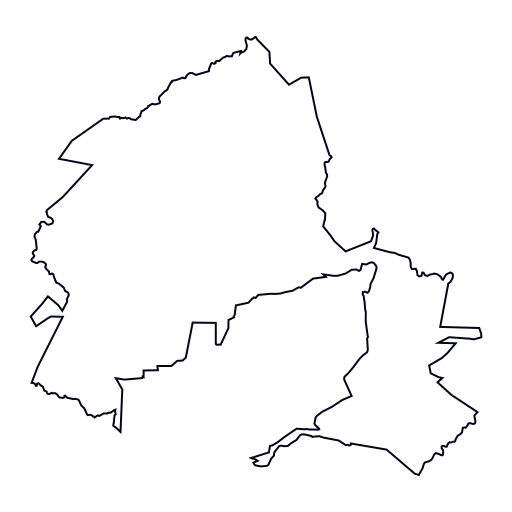 the district of Angel Albino Corzo, Chiapas, Mexico
{"feature_id": "50627088B21044766508397", "entity_name": "Angel Albino Corzo", "entity_type": "district", "adm_level": 2, "iso_a3": "MEX", "parent_name": "Mexico", "parent_adm1": "Chiapas", "projection": "albers", "projection_center": [-92.692, 15.759], "detail": "fine", "context": "isolated", "style": "outline", "palette": "ink", "viewbox_px": 512, "rotation_deg": 0, "n_neighbors": 0, "source": "geoboundaries", "source_scale": "gbopen_adm2", "svg_char_len": 5953}
<svg xmlns="http://www.w3.org/2000/svg" viewBox="0 0 512 512"><path d="M316.9,117.0L308.8,77.4L301.1,77.7L289.0,84.7L270.1,63.6L269.4,51.9L257.5,39.8L255.7,37.0L254.5,37.3L253.8,38.3L251.1,39.7L248.3,38.8L247.4,37.6L246.2,37.6L245.5,38.7L245.6,40.8L246.9,45.7L246.3,49.2L244.0,51.5L241.0,52.8L240.3,53.5L240.9,51.0L233.6,52.8L232.8,54.0L231.9,56.3L228.8,56.4L226.8,55.9L224.8,57.1L222.9,57.7L219.3,61.0L216.7,61.1L215.6,61.7L215.3,62.3L215.5,63.2L214.1,63.8L212.0,63.0L211.0,63.9L209.0,69.1L208.9,71.1L208.4,71.3L196.0,74.9L192.3,73.1L190.2,73.0L188.5,73.8L187.3,74.9L185.6,77.3L185.6,77.9L185.0,78.2L183.6,78.2L182.8,77.6L176.0,80.1L172.2,80.8L171.7,81.4L171.7,82.2L170.9,82.5L168.2,87.4L167.4,89.6L164.8,91.3L159.3,96.8L158.8,99.4L160.1,101.6L159.6,103.2L155.3,104.4L152.2,103.9L148.5,105.9L148.7,106.2L147.0,108.1L144.7,109.3L144.0,110.2L141.4,111.3L141.2,112.7L140.4,114.1L140.3,116.1L139.2,116.7L135.7,120.0L130.9,119.2L130.1,118.4L128.5,117.9L126.9,118.6L125.6,117.5L123.7,118.1L121.4,118.0L120.0,118.6L119.4,117.6L119.4,117.0L117.2,117.0L115.2,116.5L110.1,116.9L108.9,118.6L103.3,118.7L71.9,140.7L59.0,158.8L92.1,165.1L62.7,197.1L47.1,210.0L46.3,211.9L46.8,212.4L46.9,214.0L48.2,216.9L50.8,217.9L52.4,219.2L53.1,221.2L52.5,223.3L50.2,224.3L48.3,224.7L47.1,224.4L44.3,221.9L41.3,221.9L39.4,224.5L40.8,226.2L38.8,230.6L38.2,231.7L37.4,231.6L36.6,232.2L34.9,234.3L34.5,236.5L35.8,240.0L36.7,248.6L36.4,249.7L34.0,250.7L32.8,252.5L32.7,253.2L34.3,256.0L33.3,257.5L32.0,258.6L31.4,259.7L31.5,260.4L32.4,261.4L36.1,263.0L37.2,263.0L39.2,261.6L41.1,261.6L43.6,262.1L45.8,263.9L46.0,265.2L45.2,267.2L46.8,269.6L48.8,271.4L49.5,274.0L50.3,274.2L52.1,273.5L53.4,274.4L54.3,278.1L55.0,279.2L55.2,280.6L55.8,281.1L56.2,282.6L59.0,283.7L63.9,287.8L65.0,290.9L67.9,292.5L68.7,294.1L68.7,295.4L66.8,299.3L67.3,301.4L62.3,310.8L58.1,305.0L47.9,296.4L42.3,303.6L30.7,316.6L36.2,326.2L48.2,318.0L51.0,316.5L62.8,316.8L37.7,366.8L31.6,382.9L33.7,383.1L34.7,383.8L36.1,385.9L36.7,385.8L37.1,383.6L38.6,383.3L41.1,385.7L42.7,386.5L44.3,390.6L46.5,391.4L46.9,393.0L47.9,393.9L49.6,394.0L51.8,392.8L52.7,393.4L55.0,393.1L57.3,394.6L58.7,396.9L60.0,397.6L63.3,397.9L64.2,397.3L64.4,395.9L65.0,395.6L67.4,397.8L73.5,399.1L75.3,398.8L77.9,399.5L78.8,400.1L81.1,405.2L84.2,408.3L87.2,414.6L88.1,415.2L89.9,414.7L92.0,415.4L92.7,416.3L93.6,416.4L94.6,417.5L97.7,415.4L99.4,415.9L103.7,413.4L107.2,413.5L108.6,412.7L110.7,412.7L114.0,410.2L115.4,409.7L115.1,411.5L115.7,414.1L114.5,415.5L113.8,422.7L113.2,425.2L113.5,425.9L116.3,427.9L120.5,431.9L122.3,389.4L115.8,378.2L124.5,379.6L142.2,378.1L142.6,376.6L143.6,377.1L143.6,370.5L157.9,370.2L157.4,366.0L171.3,366.0L177.2,360.9L182.7,360.5L185.8,357.6L192.7,322.6L215.8,322.9L215.8,344.0L216.5,344.7L220.7,344.6L228.4,328.1L228.5,320.0L233.9,317.4L233.6,316.9L234.7,314.8L235.9,305.4L248.4,302.7L252.1,298.8L253.9,297.4L255.6,297.9L258.3,294.9L270.3,293.8L276.3,293.9L280.9,293.4L284.9,292.2L292.7,290.7L298.4,287.4L300.9,287.7L313.0,278.6L325.8,276.9L323.3,274.4L334.3,275.9L337.9,275.7L345.7,273.5L351.6,269.8L356.4,269.5L359.0,270.9L360.6,269.8L362.1,263.9L366.4,264.5L369.1,263.0L371.5,262.3L373.6,262.8L375.5,265.0L376.5,266.6L376.4,268.9L373.5,278.3L370.5,284.1L370.2,287.3L369.0,291.0L368.2,292.2L367.3,292.8L365.9,291.9L364.6,291.7L362.9,292.1L362.7,293.3L362.8,294.8L363.6,295.8L364.6,302.2L365.1,309.1L365.8,312.0L365.7,321.7L367.9,337.2L367.1,338.4L367.8,349.3L367.5,351.2L366.9,352.4L363.4,355.0L359.9,358.4L352.1,368.7L348.1,373.4L344.6,376.7L344.1,378.1L344.3,379.8L351.6,396.0L342.2,400.0L331.8,406.9L322.5,411.6L316.8,415.9L315.6,417.6L314.4,423.6L315.7,425.6L318.2,427.7L319.2,429.1L318.5,429.6L309.6,429.5L306.6,429.0L304.8,429.3L296.6,428.7L284.3,437.1L277.6,442.3L272.5,445.3L270.0,445.9L268.9,452.4L251.1,458.0L252.6,458.7L253.9,458.6L257.6,460.8L253.4,462.7L254.1,464.2L255.4,465.3L260.6,466.4L266.8,465.9L268.3,465.0L271.2,458.6L274.0,455.6L273.9,453.9L274.5,452.1L279.1,446.2L281.1,445.6L284.0,446.2L287.8,446.0L291.0,443.3L296.5,439.9L300.1,435.1L302.3,434.3L305.4,434.6L311.4,436.0L312.5,437.0L313.0,436.7L319.4,436.2L323.5,437.6L338.7,440.5L345.9,445.2L347.5,444.8L348.8,445.3L350.0,445.3L351.0,444.6L350.9,443.5L386.6,449.6L414.6,473.6L418.8,475.0L422.5,468.4L424.0,463.7L425.0,462.4L429.1,461.3L430.9,460.1L431.9,459.1L434.6,453.9L436.1,453.1L439.4,454.2L440.8,455.1L442.3,455.3L442.9,454.8L443.2,452.6L442.9,450.0L441.6,448.1L441.6,447.0L442.3,446.0L443.9,445.9L445.6,446.8L446.7,446.7L447.6,444.4L448.6,442.9L449.6,442.3L451.2,442.5L452.6,441.8L454.4,441.7L455.2,441.2L455.6,439.4L457.6,435.9L460.6,433.9L462.0,432.4L462.8,427.8L464.3,427.5L465.5,427.8L467.1,426.0L468.4,423.6L470.0,423.1L473.0,424.0L474.4,423.7L475.1,422.9L475.4,421.0L474.4,416.2L474.5,415.3L477.5,412.1L451.4,394.9L437.5,382.3L442.4,378.0L438.7,377.2L430.7,373.3L429.2,365.4L441.6,358.2L447.3,353.2L455.7,343.3L438.3,342.8L449.1,337.2L469.9,338.7L473.9,339.3L481.3,337.3L481.2,333.7L479.2,328.0L440.2,326.9L448.3,283.5L450.3,282.1L452.5,278.4L453.0,275.5L452.5,273.7L451.7,273.1L450.2,272.5L446.5,274.3L445.3,275.6L443.2,279.7L442.1,279.4L441.0,277.1L439.5,275.8L437.1,274.2L434.5,273.6L429.7,274.7L427.1,276.0L424.9,275.1L423.5,272.6L422.7,272.5L422.2,272.6L421.6,275.7L420.0,276.4L418.8,276.2L417.5,275.1L416.9,271.1L415.8,268.8L411.8,269.1L410.7,266.6L410.6,262.5L409.9,259.7L408.5,257.6L398.5,254.7L395.7,253.3L393.6,252.7L390.6,252.4L373.9,248.0L376.1,243.2L377.3,234.1L378.4,232.3L375.3,230.0L374.0,228.5L372.9,228.9L372.3,229.8L373.2,235.1L371.1,241.2L345.6,251.4L334.6,241.4L330.2,235.1L323.2,226.4L324.6,220.1L325.0,219.9L325.3,213.3L322.7,210.3L318.6,207.5L317.5,204.7L317.4,201.1L315.3,198.5L316.4,197.1L318.4,195.9L319.9,194.3L322.1,193.2L322.9,190.5L325.3,187.0L325.5,185.8L324.8,183.2L327.2,176.2L326.9,174.1L325.9,172.8L325.2,167.0L324.6,165.5L324.6,163.0L325.5,161.9L327.2,162.0L328.6,161.6L329.8,159.0L331.6,157.5L331.1,156.2L329.6,155.4L316.9,117.0Z" fill="none" stroke="#020617" stroke-width="2"/></svg>